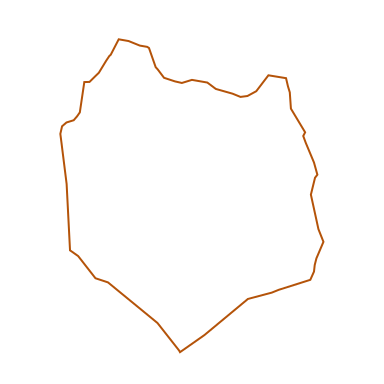 Ikot Ekpene, Akwa Ibom, Nigeria, rotated 175°
{"feature_id": "59680162B36804655757784", "entity_name": "Ikot Ekpene", "entity_type": "district", "adm_level": 2, "iso_a3": "NGA", "parent_name": "Nigeria", "parent_adm1": "Akwa Ibom", "projection": "albers", "projection_center": [7.709, 5.2], "detail": "fine", "context": "isolated", "style": "outline", "palette": "amber", "viewbox_px": 384, "rotation_deg": 175, "n_neighbors": 0, "source": "geoboundaries", "source_scale": "gbopen_adm2", "svg_char_len": 955}
<svg xmlns="http://www.w3.org/2000/svg" viewBox="0 0 384 384"><g transform="rotate(175 192 192)"><path d="M284.5,310.6L289.7,310.9L296.8,281.1L299.9,277.4L303.6,273.8L311.0,272.2L315.7,268.8L318.1,261.4L317.7,251.6L317.4,243.1L317.2,237.9L316.2,210.9L318.6,144.5L311.0,138.1L295.7,114.5L283.6,109.3L237.8,64.5L218.6,35.1L217.9,33.5L192.1,48.4L145.6,80.6L121.3,84.8L114.1,87.0L81.8,94.2L77.4,102.1L76.1,108.6L73.8,115.2L73.6,115.5L65.4,130.9L69.3,144.0L70.6,154.2L73.8,179.0L68.2,195.5L65.6,198.3L67.9,210.7L74.4,231.1L76.3,238.1L74.1,241.6L86.2,266.4L85.9,282.7L87.2,288.9L88.4,297.2L105.7,301.6L119.2,286.8L128.4,282.8L135.4,282.5L143.0,286.4L159.3,292.6L167.2,299.7L182.3,303.7L192.6,301.5L199.4,303.7L209.9,308.2L215.6,317.3L217.3,319.5L222.3,339.2L224.0,340.5L231.2,342.4L236.9,345.3L242.0,347.9L245.7,348.9L251.7,350.5L261.0,335.8L262.5,334.7L266.1,330.2L274.4,318.9L278.1,315.9L284.5,310.6Z" fill="none" stroke="#b45309" stroke-width="2"/></g></svg>